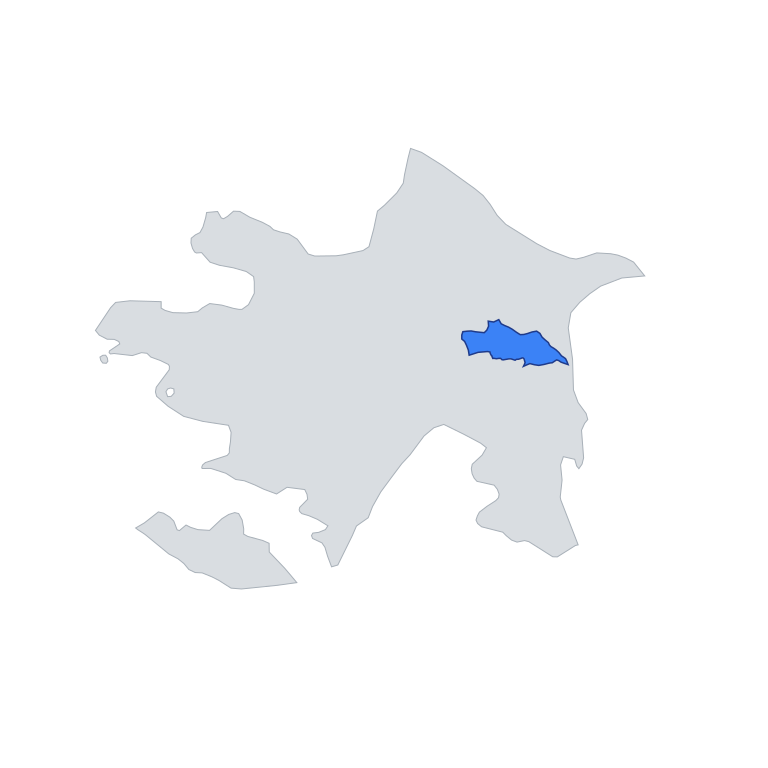 Hajigabul highlighted on a map of Azerbaijan, rotated 341°
{"feature_id": "AZE-1694", "entity_name": "Hajigabul", "entity_type": "District", "adm_level": 1, "iso_a3": "AZE", "parent_name": "Azerbaijan", "parent_adm1": "", "projection": "natural_earth1", "projection_center": [48.915, 40.078], "detail": "fine", "context": "in_parent", "style": "filled", "palette": "blue", "viewbox_px": 768, "rotation_deg": 341, "n_neighbors": 0, "source": "natural_earth", "source_scale": "10m", "svg_char_len": 4412}
<svg xmlns="http://www.w3.org/2000/svg" viewBox="0 0 768 768"><g transform="rotate(341 384 384)"><path d="M515.2,599.3L512.4,599.0L491.6,603.9L487.3,602.3L469.6,580.2L465.9,577.8L458.3,576.8L453.8,573.1L450.2,567.2L448.1,562.8L429.8,550.8L427.1,546.4L426.7,542.6L429.4,539.1L432.5,536.2L441.5,533.2L451.9,530.6L455.3,528.8L457.0,525.6L456.9,520.5L455.2,515.5L440.2,506.3L438.6,502.4L438.1,497.6L439.0,492.5L441.3,488.6L453.6,483.2L460.1,477.6L456.1,471.4L442.9,457.3L427.4,441.7L416.9,441.6L404.9,446.2L385.6,459.4L374.9,465.1L361.0,474.5L345.8,485.0L333.3,496.1L325.5,505.3L311.7,509.3L304.7,517.0L281.4,540.1L274.9,539.8L274.6,528.3L275.0,519.2L273.6,514.0L266.2,506.8L266.1,503.7L268.2,501.8L273.9,503.0L281.2,502.6L284.8,499.8L277.0,490.3L270.0,484.0L264.1,479.8L262.8,477.2L262.8,475.4L264.1,473.2L274.3,468.1L275.3,463.3L274.7,458.0L258.7,450.1L246.6,453.0L235.9,444.2L229.0,437.4L220.4,430.0L212.7,426.0L205.4,416.9L192.7,407.4L184.5,404.7L184.6,403.3L186.1,401.5L189.6,400.1L212.5,400.5L215.3,398.8L216.8,394.7L220.0,388.7L223.7,379.9L223.5,372.4L200.6,360.4L184.1,349.4L172.7,334.9L165.0,321.6L165.3,317.1L167.6,312.9L185.6,300.6L186.9,297.4L186.5,295.3L180.2,289.0L172.3,282.6L169.9,277.8L164.9,275.4L155.3,275.2L138.7,267.3L135.1,266.5L134.3,264.9L135.2,263.3L147.2,260.1L147.1,257.5L143.5,254.0L136.8,251.5L130.7,245.1L128.6,239.4L150.4,222.8L156.8,219.5L170.9,222.6L200.1,233.6L198.0,239.7L200.9,243.1L207.6,247.8L220.5,252.6L231.4,255.0L237.0,252.9L245.4,251.2L256.3,256.6L266.3,263.5L271.3,266.3L274.0,267.2L281.7,264.9L290.9,256.0L294.6,245.2L295.7,240.0L290.4,232.8L279.4,225.1L267.1,218.2L259.2,212.2L254.3,200.4L249.2,199.0L247.9,197.5L247.1,193.5L247.4,187.8L249.2,183.4L254.2,181.6L259.3,180.9L263.9,176.7L269.6,168.6L272.1,164.1L282.8,166.7L284.2,174.0L286.1,175.5L290.6,174.6L298.0,171.6L303.9,173.9L311.4,182.6L321.9,191.8L327.5,197.9L329.7,202.2L335.1,206.3L342.9,211.2L349.1,218.8L354.6,236.4L360.2,240.5L380.5,247.2L387.6,248.6L407.5,251.0L414.5,249.3L424.8,234.0L434.1,218.4L442.7,215.1L458.3,207.5L467.6,200.4L471.6,192.7L480.4,178.1L485.8,169.9L494.9,177.2L510.8,196.9L533.5,229.0L539.1,238.1L542.8,248.6L545.9,261.4L551.1,272.7L574.2,301.2L584.2,311.7L600.5,325.3L606.3,328.4L613.9,329.2L627.8,329.3L640.7,334.6L647.1,338.3L653.7,343.7L659.7,350.0L665.7,366.7L643.3,361.2L620.7,362.0L608.0,365.6L595.7,370.5L583.9,377.4L576.5,390.9L570.3,422.1L561.2,451.3L561.5,464.8L565.5,477.7L565.1,483.9L560.9,486.5L555.7,492.0L548.7,518.8L545.2,524.2L540.7,527.5L539.5,524.3L539.8,517.3L529.9,511.1L524.6,518.0L521.1,532.8L513.8,548.3L513.4,551.3L515.2,599.3ZM182.6,324.3L183.7,320.2L180.9,318.3L177.9,318.2L175.3,320.3L175.3,325.5L178.8,326.4L182.6,324.3ZM107.2,445.9L103.8,441.6L102.3,439.3L112.3,437.3L129.0,431.5L133.4,434.3L138.2,440.2L140.6,445.2L140.9,454.5L142.8,456.0L150.9,452.9L154.5,456.6L160.6,461.1L171.4,465.6L186.9,458.6L194.7,456.8L201.0,457.0L204.4,459.2L205.6,466.4L204.2,475.3L202.4,480.2L205.6,483.8L218.3,492.4L223.5,497.2L220.8,505.5L230.1,525.8L233.2,533.7L236.9,543.4L217.5,539.6L182.5,531.4L172.9,527.2L163.9,515.9L158.6,510.4L150.6,503.4L144.1,500.8L139.1,495.9L136.4,488.7L132.3,482.2L125.2,474.6L109.2,448.6L107.2,445.9ZM130.3,272.6L128.2,274.0L124.9,272.6L123.9,269.4L124.2,266.1L127.5,265.3L130.2,266.2L130.9,269.3L130.3,272.6Z" fill="#d9dde1" stroke="#a8b0b8" stroke-width="1"/><path d="M513.5,360.5L514.4,365.2L517.1,368.0L520.3,370.8L523.1,374.0L526.0,378.1L528.9,381.7L532.4,382.7L536.1,383.0L540.9,383.0L545.5,383.7L547.9,386.9L548.7,391.1L550.7,394.8L552.9,398.4L553.1,400.9L554.0,403.0L556.0,405.3L557.8,407.8L559.6,411.2L561.0,415.2L562.5,417.1L563.9,419.1L564.3,422.3L564.4,425.6L561.4,423.3L558.4,420.9L556.9,418.8L555.1,417.4L552.6,418.0L550.0,418.7L548.4,418.3L546.6,418.0L541.6,417.6L536.4,416.8L532.4,414.7L528.6,412.2L524.9,412.4L521.6,412.7L523.1,411.2L524.4,409.6L524.5,407.3L524.6,405.9L524.1,404.8L523.2,404.3L522.1,404.4L519.4,404.4L517.2,403.8L515.7,404.2L512.3,401.6L510.3,400.9L504.6,400.0L503.4,399.4L502.6,397.7L500.7,397.1L498.5,396.7L495.9,395.3L495.4,395.4L495.2,395.3L495.1,394.3L495.1,392.9L495.1,392.3L494.8,392.1L494.4,389.8L494.6,388.2L492.4,387.0L483.3,384.7L473.9,384.5L474.8,379.3L474.6,374.3L474.1,370.0L472.2,366.8L473.5,363.0L475.6,360.2L479.7,361.1L483.6,362.2L487.7,364.5L492.0,366.5L495.5,368.1L498.8,366.5L501.7,363.4L503.0,358.5L507.9,361.1L513.5,360.5Z" fill="#3b82f6" stroke="#1e3a8a" stroke-width="1.5"/></g></svg>